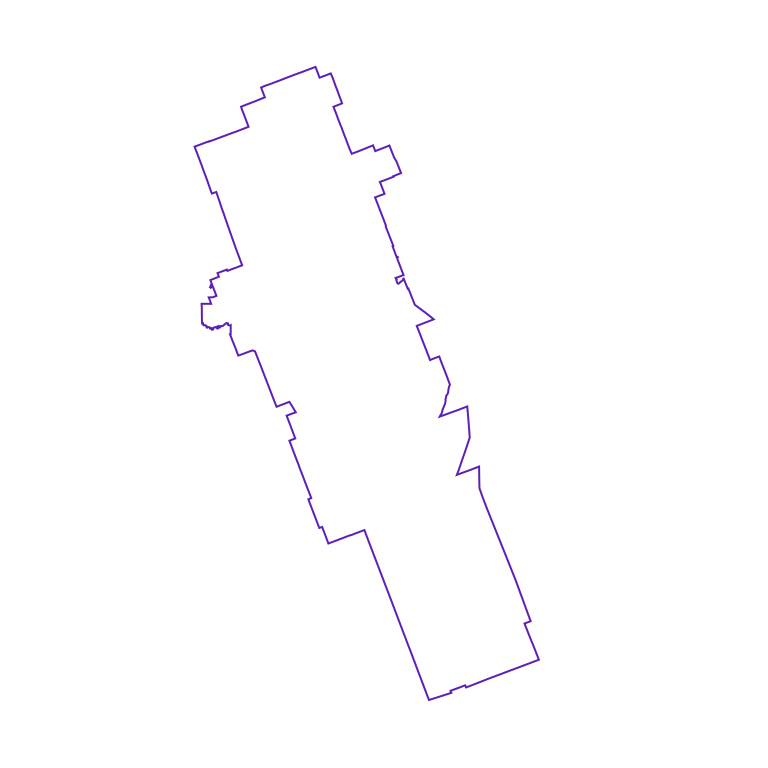 the district of Unión, Córdoba, Argentina, rotated 327°
{"feature_id": "61730980B31238250662903", "entity_name": "Unión", "entity_type": "district", "adm_level": 2, "iso_a3": "ARG", "parent_name": "Argentina", "parent_adm1": "Córdoba", "projection": "orthographic", "projection_center": [-62.769, -32.932], "detail": "fine", "context": "isolated", "style": "outline", "palette": "violet", "viewbox_px": 768, "rotation_deg": 327, "n_neighbors": 0, "source": "geoboundaries", "source_scale": "gbopen_adm2", "svg_char_len": 5890}
<svg xmlns="http://www.w3.org/2000/svg" viewBox="0 0 768 768"><g transform="rotate(327 384 384)"><path d="M354.4,81.8L353.4,86.5L352.4,91.2L351.8,93.9L351.5,95.3L350.4,100.3L348.5,108.4L347.5,113.1L346.9,115.6L346.4,118.0L346.2,118.5L345.3,122.3L345.1,123.0L343.3,130.5L347.9,131.6L345.1,142.8L343.8,147.5L342.4,153.7L341.1,158.7L337.2,174.7L335.6,181.3L333.3,190.9L329.7,207.2L314.3,203.8L314.6,202.5L304.8,200.3L304.0,204.1L295.0,202.3L294.1,206.2L292.8,206.6L292.8,207.4L290.8,208.0L291.1,209.0L293.7,208.1L291.5,218.8L287.5,218.0L284.2,215.9L282.7,222.6L278.4,219.8L274.7,217.4L272.6,221.0L270.5,224.3L268.0,228.2L264.6,233.8L265.1,233.8L265.3,233.9L265.4,234.2L265.4,234.4L265.3,234.7L265.0,235.0L264.6,236.1L264.6,236.5L264.8,236.7L265.2,236.8L265.4,236.9L265.7,237.0L265.9,237.1L266.2,237.5L266.2,238.0L266.5,238.2L266.7,238.5L266.7,238.8L266.8,239.1L266.6,239.4L266.5,239.5L266.1,239.8L266.1,240.0L266.2,240.4L266.5,240.5L267.0,240.5L267.3,240.4L267.5,240.6L268.1,240.9L268.4,241.1L268.5,241.4L268.6,241.7L268.5,242.0L268.3,242.5L268.3,242.9L268.4,243.1L268.9,243.3L269.1,243.3L269.3,243.3L269.5,243.1L269.9,243.2L270.0,243.5L270.0,244.0L269.9,244.2L269.6,244.6L269.3,244.7L269.3,244.8L269.7,245.1L270.0,245.2L270.5,245.1L270.9,244.5L271.1,244.2L271.4,244.0L271.7,244.0L272.0,244.1L272.3,244.0L272.6,244.1L273.1,244.6L273.7,244.6L274.0,244.6L274.3,244.6L274.5,244.7L274.8,244.9L274.8,245.1L274.3,245.7L274.3,246.1L274.3,246.4L274.3,246.6L274.4,246.8L274.6,246.9L274.8,247.0L275.3,246.8L275.5,246.6L275.6,246.3L275.8,246.0L275.9,245.7L276.0,245.4L276.2,245.2L276.5,245.1L276.8,245.1L277.1,245.3L277.1,245.5L276.8,245.9L276.7,246.3L276.8,246.7L276.8,246.9L276.9,247.2L277.2,247.3L277.5,247.2L277.8,247.0L278.4,246.9L278.5,246.7L279.0,246.6L279.3,246.7L279.8,247.3L280.4,247.5L281.2,247.4L282.0,247.3L282.7,247.3L283.3,247.1L283.5,247.1L284.1,247.2L284.6,247.0L285.0,247.0L285.4,247.3L285.6,247.7L285.8,247.8L286.0,248.0L286.2,248.3L286.1,248.5L285.8,249.0L285.6,249.1L285.4,249.3L285.5,249.5L285.6,249.8L285.9,250.3L286.2,250.5L286.3,250.7L286.5,250.9L286.7,251.1L286.9,251.1L287.0,251.3L287.4,251.3L282.5,258.8L281.9,258.5L280.4,265.7L279.9,268.2L279.1,272.6L277.8,278.2L277.3,280.8L280.0,281.5L288.2,283.3L292.0,284.2L293.6,286.3L290.5,301.6L286.4,321.1L282.6,339.1L281.5,344.6L287.3,345.8L294.9,347.4L294.9,350.7L294.6,359.7L290.5,358.7L285.1,357.5L283.6,364.6L279.9,381.3L273.8,380.0L272.6,385.5L270.5,395.0L268.7,403.5L268.3,405.6L267.7,407.8L267.2,410.1L265.4,418.7L264.2,424.1L261.6,436.7L260.8,440.1L257.8,439.5L257.0,442.8L256.2,446.7L254.4,455.1L253.4,459.8L252.2,465.3L251.8,467.3L251.3,469.5L254.3,470.2L252.6,477.9L250.5,487.5L264.8,490.6L273.3,492.4L273.5,492.7L279.3,493.9L288.0,495.8L285.3,508.2L276.1,551.2L275.7,553.0L271.5,572.6L264.8,603.4L261.9,616.8L261.1,620.8L256.1,643.6L249.6,673.5L272.3,679.7L272.7,677.5L284.1,680.1L288.0,680.9L287.8,681.9L287.6,683.2L304.9,686.8L310.4,687.9L363.7,699.6L364.6,695.3L367.0,683.7L367.5,680.6L371.4,661.4L377.8,662.8L387.4,620.9L389.7,609.4L391.3,601.3L391.4,600.9L402.2,546.1L402.6,544.1L403.1,541.7L404.3,536.1L405.8,529.5L406.3,527.5L407.2,523.7L408.2,521.9L409.5,519.8L418.8,505.0L409.2,503.0L402.4,501.4L395.6,499.9L399.6,497.0L411.2,487.9L415.1,484.9L419.9,481.1L426.7,475.6L427.1,475.0L429.0,471.5L431.3,467.3L436.1,458.5L437.6,455.6L441.6,448.2L437.0,447.2L433.6,446.5L412.9,441.7L413.4,441.4L414.6,440.8L415.4,440.5L415.8,440.3L416.4,440.0L416.6,439.8L417.5,439.0L418.1,438.6L418.4,438.1L418.5,438.0L418.9,437.8L419.1,437.6L419.3,437.5L419.4,437.3L419.5,437.1L419.9,437.0L420.1,436.8L420.4,436.6L421.0,436.2L421.3,436.0L421.4,435.9L421.6,435.7L421.9,435.6L422.1,435.5L422.4,435.2L424.0,434.1L424.7,433.5L425.2,433.1L425.4,432.9L426.1,432.0L426.6,431.5L426.8,431.3L427.1,430.7L427.4,430.2L428.0,429.6L428.4,429.4L428.9,429.0L429.1,428.6L429.3,428.3L429.5,428.0L429.8,427.8L430.0,427.7L430.4,427.6L431.0,427.3L431.4,427.1L431.6,427.1L432.0,426.9L432.3,426.7L432.7,426.3L433.1,426.0L433.1,425.9L433.3,425.7L433.6,425.5L434.0,425.0L434.3,424.6L434.8,424.1L435.0,423.8L435.2,423.5L435.3,423.4L436.0,422.8L436.3,422.5L436.6,422.2L436.9,421.9L437.6,421.3L437.9,421.1L438.2,421.0L438.6,420.8L438.9,420.6L441.1,410.8L443.0,401.7L443.6,398.5L444.9,392.8L445.3,391.0L438.1,389.4L435.6,389.0L436.2,386.6L438.5,375.6L438.6,375.2L439.9,368.8L441.7,360.3L443.1,353.1L455.5,355.7L457.6,356.2L460.9,356.8L460.1,354.2L457.4,346.2L456.1,342.8L453.0,334.4L456.4,317.3L455.8,317.2L457.9,306.3L457.6,306.3L457.6,306.5L457.2,306.8L457.0,307.0L456.6,307.0L456.1,307.1L455.8,307.3L455.5,307.4L454.7,307.3L454.4,307.3L454.0,307.4L453.8,307.4L453.6,307.4L453.3,307.4L452.3,307.6L452.1,307.7L451.6,307.8L451.4,307.8L451.2,307.8L450.8,307.7L450.7,307.5L450.2,307.3L450.1,306.8L450.1,306.7L450.2,306.4L450.3,306.3L450.3,306.1L450.5,305.8L450.5,305.1L450.8,304.0L450.9,303.8L451.0,303.5L451.2,303.2L451.5,303.2L451.5,302.8L451.4,302.6L451.4,302.1L451.4,301.9L451.4,301.4L459.7,303.3L463.6,285.0L464.6,285.2L464.7,284.8L463.7,284.5L466.2,273.2L467.0,273.4L471.2,252.8L471.8,252.5L473.5,244.7L475.4,235.6L477.1,227.7L478.1,222.6L488.0,224.8L490.0,215.7L490.6,212.3L497.8,213.9L505.1,215.4L505.2,214.8L513.2,216.4L515.7,203.9L515.8,199.8L518.4,186.9L514.0,186.1L503.5,183.9L503.7,183.2L504.8,177.9L494.9,176.0L487.4,174.5L482.3,173.3L482.9,169.9L483.2,168.0L483.3,167.6L485.8,156.1L486.3,153.6L488.1,145.5L490.0,136.0L490.7,133.2L491.4,129.9L491.9,127.5L492.6,124.0L494.7,124.4L499.4,125.4L501.7,125.8L502.8,121.1L503.6,117.1L504.7,112.7L505.5,108.6L507.6,99.8L508.5,94.5L502.5,93.3L496.8,92.0L498.0,86.7L498.9,82.5L499.2,80.7L495.4,79.9L488.9,78.5L486.6,78.0L477.9,76.0L475.6,75.5L470.9,74.5L452.1,70.5L449.0,69.7L446.4,69.1L442.4,68.4L440.2,78.7L429.5,76.6L422.0,75.0L415.1,73.6L414.1,77.6L413.4,81.3L410.5,94.5L397.6,91.8L393.9,90.9L383.5,88.6L373.8,86.4L369.3,85.4L369.4,85.1L354.4,81.8Z" fill="none" stroke="#5b21b6" stroke-width="2"/></g></svg>